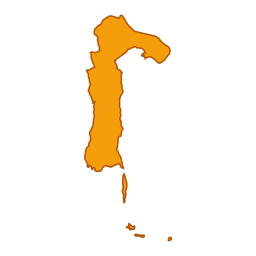 outline of Sulawesi Selatan
{"feature_id": "IDN-1236", "entity_name": "Sulawesi Selatan", "entity_type": "Province", "adm_level": 1, "iso_a3": "IDN", "parent_name": "Indonesia", "parent_adm1": "", "projection": "natural_earth1", "projection_center": [120.285, -4.627], "detail": "fine", "context": "isolated", "style": "filled", "palette": "amber", "viewbox_px": 256, "rotation_deg": 0, "n_neighbors": 0, "source": "natural_earth", "source_scale": "10m", "svg_char_len": 5733}
<svg xmlns="http://www.w3.org/2000/svg" viewBox="0 0 256 256"><path d="M145.2,58.7L145.2,58.4L145.0,57.1L144.6,56.3L144.2,56.7L143.8,56.3L143.6,55.2L143.3,54.8L143.0,55.1L142.8,55.9L142.6,56.2L142.2,56.1L141.9,55.9L141.7,55.5L141.6,55.2L141.8,54.7L142.3,54.5L142.8,54.3L143.1,53.4L143.6,53.6L144.0,53.3L144.5,52.3L145.0,52.6L143.9,50.1L143.4,49.8L143.4,49.6L143.2,49.3L142.7,48.8L142.4,48.6L138.2,47.8L137.4,48.0L137.1,48.0L136.0,47.0L135.2,46.7L134.4,46.7L133.8,47.0L133.4,47.4L132.9,47.5L132.1,47.6L131.6,47.8L129.7,49.0L129.2,49.2L128.4,49.2L127.7,49.4L127.3,50.0L127.1,50.7L126.8,51.4L126.2,52.1L117.5,58.4L116.1,59.7L115.4,60.3L114.4,60.6L114.6,61.1L115.2,61.8L115.5,63.4L115.7,63.7L115.9,63.9L116.4,64.3L116.9,66.4L117.2,67.2L117.0,67.3L116.5,68.0L117.2,68.8L118.0,69.3L119.6,70.0L120.7,70.7L120.8,70.9L121.0,71.9L121.3,72.4L121.5,72.8L122.1,72.6L122.0,73.1L121.3,74.3L121.5,75.6L121.3,76.2L121.1,77.7L121.5,78.9L121.5,79.4L121.5,79.8L121.4,80.4L121.2,82.5L121.2,83.2L121.9,85.0L122.0,85.8L122.0,89.2L122.1,89.5L122.8,90.2L122.9,91.7L122.3,93.2L120.8,95.7L120.2,97.0L119.8,98.4L119.6,99.9L119.6,106.7L119.7,107.4L120.4,108.8L120.6,109.4L120.6,111.0L120.3,112.7L120.4,113.3L120.8,114.5L120.8,115.9L119.9,118.3L120.1,119.8L121.0,120.9L121.3,121.7L121.0,123.1L121.0,124.1L121.1,125.2L121.3,125.8L121.7,126.6L122.8,128.0L123.0,128.8L122.9,129.2L121.9,130.1L121.8,130.5L121.1,134.4L121.1,135.4L120.8,136.1L120.1,136.4L119.3,136.5L118.7,136.7L118.1,137.8L118.0,142.7L117.2,147.5L116.9,148.4L116.5,149.1L118.0,151.6L118.3,152.3L118.7,153.9L119.0,154.5L120.6,156.7L120.8,157.3L120.9,158.0L122.4,164.3L122.5,165.9L123.3,167.3L123.5,168.1L123.3,168.3L122.3,167.8L121.8,167.9L120.5,166.3L120.3,165.9L120.2,165.4L119.7,164.1L119.4,163.8L118.6,163.6L117.7,164.0L116.8,164.5L116.1,164.9L114.5,165.1L114.2,165.3L113.4,166.0L112.8,166.3L111.4,166.8L110.8,167.1L110.6,166.9L110.4,166.8L109.8,166.8L107.7,166.4L106.8,165.8L105.9,165.7L105.0,165.8L104.3,166.0L103.8,166.4L102.3,168.1L102.1,168.5L102.0,169.4L101.8,169.7L101.2,170.5L100.5,171.0L99.4,171.3L97.7,171.4L96.0,171.2L95.0,170.4L94.9,169.7L94.8,168.8L94.6,168.0L93.7,167.6L93.0,168.1L92.7,169.0L92.3,169.5L91.7,169.0L91.5,168.5L91.5,167.6L91.5,167.1L91.2,166.7L90.6,166.1L90.5,165.6L90.0,165.5L89.0,165.7L88.3,166.2L88.8,167.1L88.1,167.1L87.6,166.8L87.3,166.2L87.2,165.3L87.7,164.1L87.5,163.6L87.3,163.3L86.9,162.5L85.7,160.6L85.0,159.0L84.7,157.4L85.0,155.4L85.3,154.2L85.5,151.6L85.7,150.8L86.2,149.4L86.5,148.0L86.7,147.7L88.0,146.8L88.5,146.0L88.7,145.3L88.8,143.8L89.3,142.5L90.6,139.7L90.7,138.3L89.6,133.1L89.8,131.6L90.7,130.8L91.2,129.6L91.3,129.0L92.8,126.0L93.0,125.4L93.6,119.6L94.2,116.9L94.3,115.4L94.0,113.4L93.5,112.8L93.4,112.4L93.5,111.7L94.2,110.1L94.3,109.2L94.0,107.5L93.6,106.9L93.6,106.4L94.1,105.4L94.1,105.0L94.0,104.2L94.1,103.7L94.8,102.4L95.0,101.8L94.4,101.5L93.6,101.7L93.4,102.1L93.3,102.8L93.1,103.7L92.9,103.0L92.8,101.5L92.2,100.2L90.6,95.6L89.8,94.3L89.4,92.7L88.3,91.1L88.3,90.5L88.8,89.3L89.3,87.1L89.6,86.4L90.2,85.6L90.3,85.0L90.3,84.4L89.8,82.3L89.6,82.0L89.5,81.9L89.3,79.5L88.6,77.2L88.5,76.6L88.2,73.6L87.9,73.0L87.0,71.8L86.8,70.9L86.9,70.5L87.1,70.1L87.4,69.8L87.8,69.8L89.0,70.1L89.5,69.9L90.1,69.6L91.3,68.6L92.0,68.1L92.7,67.8L94.3,67.4L94.7,67.2L94.8,66.7L94.6,66.2L93.6,64.7L91.4,58.5L91.2,57.7L91.1,57.0L91.2,56.1L91.3,55.3L91.4,54.8L91.3,54.3L90.4,52.5L91.0,52.2L92.6,52.0L93.3,52.1L94.6,52.5L95.5,52.5L97.8,51.7L99.2,50.9L99.5,50.5L99.8,50.0L99.9,49.6L99.7,49.4L99.3,48.8L99.2,48.4L99.4,46.7L98.2,44.7L98.0,43.2L98.1,42.2L98.0,41.6L97.5,40.5L97.4,40.1L97.4,39.6L97.8,38.6L98.0,37.9L97.8,37.4L97.6,36.9L97.1,36.2L95.9,35.0L94.6,34.4L94.3,34.1L94.2,33.8L94.4,30.5L94.6,29.7L94.9,29.0L98.7,25.2L99.2,25.0L99.9,25.1L100.4,24.8L100.8,24.4L101.2,23.8L102.9,20.1L104.1,19.4L106.1,18.0L109.0,16.3L109.7,16.0L110.8,16.0L112.8,16.3L117.5,17.9L118.6,18.0L119.3,17.9L119.6,17.5L120.3,15.8L120.7,15.5L121.4,15.4L122.2,15.7L122.9,16.5L126.6,22.9L127.8,24.6L129.1,26.1L133.9,30.7L135.3,31.5L154.4,36.0L156.1,36.6L157.8,37.6L158.6,38.2L159.2,38.8L161.2,41.5L163.4,43.6L164.4,44.4L168.1,46.5L168.8,47.3L169.3,48.0L169.6,49.0L169.9,50.0L170.0,50.9L169.9,51.7L169.8,52.5L169.6,53.3L169.1,54.2L163.7,60.7L160.9,62.7L160.1,63.0L159.7,63.1L159.2,63.2L158.7,63.1L157.3,62.0L154.4,59.3L151.9,57.4L151.3,57.1L150.7,56.9L150.1,56.9L149.3,56.9L147.9,57.2L146.6,57.7L145.2,58.7ZM126.3,180.9L126.6,182.6L126.8,184.3L126.8,186.1L126.6,187.9L125.8,190.4L125.6,191.3L125.8,193.4L125.8,195.0L125.5,197.0L124.8,198.5L124.8,199.3L124.9,200.8L124.7,201.6L124.4,202.5L124.1,202.7L123.9,201.0L123.5,199.7L123.5,198.9L123.7,194.5L123.6,194.1L123.3,193.9L122.9,193.8L122.8,193.4L122.8,192.5L122.3,191.3L122.3,190.9L122.4,190.4L122.9,189.6L123.0,189.1L123.1,186.7L122.7,182.5L122.9,177.1L123.2,175.4L123.7,174.0L124.0,173.9L124.3,174.0L124.5,174.3L124.6,174.7L124.6,175.6L124.8,176.3L125.2,176.8L125.4,177.5L125.5,178.4L126.3,180.9ZM133.7,226.9L134.2,226.2L134.5,226.1L134.6,226.7L134.6,227.4L134.2,228.5L134.2,229.1L133.1,229.2L131.9,229.2L131.1,228.8L131.0,229.4L130.6,229.9L129.4,229.1L128.9,228.2L129.0,227.6L128.1,227.8L127.5,227.5L126.9,227.6L126.7,226.7L127.0,226.5L127.9,227.0L128.7,226.6L128.9,225.6L128.7,224.7L128.9,223.7L129.4,224.1L130.1,224.2L130.9,225.6L133.2,226.8L133.7,226.9ZM140.7,235.2L142.8,235.1L143.9,235.3L144.4,236.0L144.1,236.8L143.0,237.2L141.9,237.3L141.3,237.0L140.9,236.5L138.7,236.1L138.0,235.7L137.4,236.0L136.6,236.1L135.7,236.0L135.1,235.7L134.9,235.4L134.9,235.1L135.0,234.8L135.1,234.5L135.7,234.2L136.4,234.3L137.6,234.8L140.7,235.2ZM169.3,237.7L170.6,237.3L171.3,238.2L171.2,239.5L170.3,240.1L169.1,240.6L168.5,240.6L168.3,239.7L168.4,239.1L168.6,238.5L168.9,238.0L169.3,237.7Z" fill="#f59e0b" stroke="#b45309" stroke-width="1.5"/></svg>